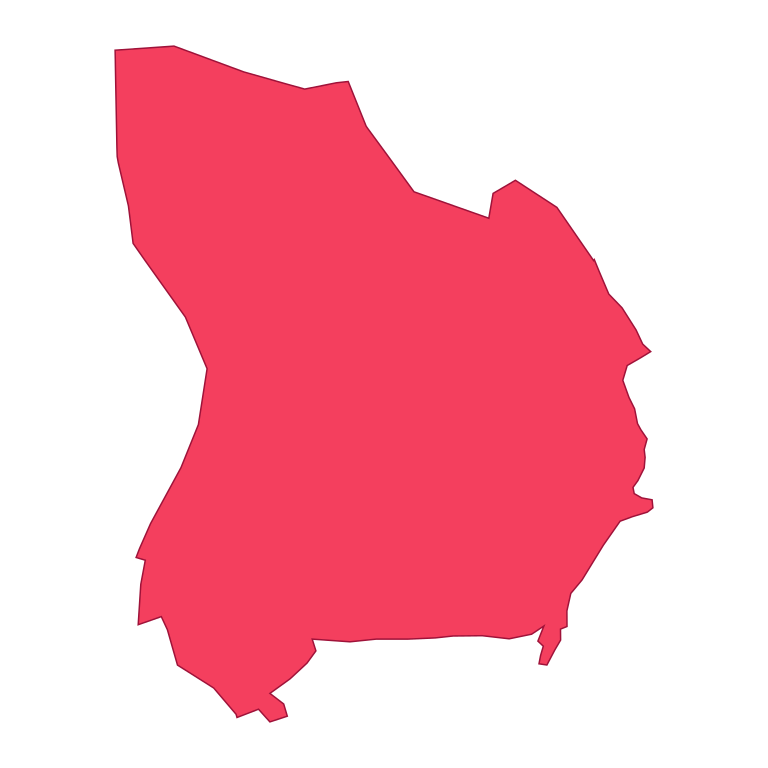 the district of Mosfiloti, Larnaca, Cyprus
{"feature_id": "46923920B11567225397923", "entity_name": "Mosfiloti", "entity_type": "district", "adm_level": 2, "iso_a3": "CYP", "parent_name": "Cyprus", "parent_adm1": "Larnaca", "projection": "robinson", "projection_center": [33.434, 34.953], "detail": "fine", "context": "isolated", "style": "filled", "palette": "rose", "viewbox_px": 768, "rotation_deg": 0, "n_neighbors": 0, "source": "geoboundaries", "source_scale": "gbopen_adm2", "svg_char_len": 1451}
<svg xmlns="http://www.w3.org/2000/svg" viewBox="0 0 768 768"><path d="M336.3,82.8L304.6,89.1L303.7,88.8L287.1,84.2L243.7,71.9L174.0,46.1L115.1,50.2L115.3,59.6L115.4,66.4L115.7,82.9L115.9,93.2L116.9,147.0L117.2,156.6L118.3,162.8L128.4,205.8L129.2,212.0L132.4,237.6L133.1,243.4L145.2,260.7L185.4,317.1L207.1,368.7L198.4,424.6L181.0,467.6L150.6,523.5L139.7,548.2L139.2,549.4L136.1,557.5L145.3,560.2L140.8,584.3L138.2,624.7L161.3,616.6L167.4,629.7L177.5,665.1L213.7,688.0L236.1,714.3L237.0,717.5L258.5,709.2L269.9,721.9L287.3,716.2L283.7,704.0L269.9,693.4L290.1,678.8L307.0,663.1L315.9,650.9L312.2,639.1L350.0,641.8L376.3,639.1L408.0,639.1L435.3,637.9L453.1,636.0L482.2,635.7L509.2,638.8L531.6,634.2L543.9,626.0L537.9,641.1L543.3,646.2L540.6,655.4L539.0,663.8L546.9,665.0L554.9,649.8L560.6,640.1L560.5,629.1L567.0,626.5L566.9,610.9L570.8,593.4L582.0,580.0L603.4,545.1L604.1,544.1L620.1,521.2L632.3,516.7L647.4,512.1L652.9,507.8L652.1,499.8L641.7,497.9L634.2,493.6L633.0,487.4L637.9,480.6L644.2,468.0L645.1,457.4L644.2,449.5L647.1,438.9L640.9,429.8L637.5,423.6L634.6,408.8L629.0,397.5L622.8,380.3L627.2,365.5L640.9,357.6L650.7,351.6L642.7,344.1L636.1,330.0L622.1,307.9L608.8,294.1L599.4,272.0L594.3,259.6L593.6,260.6L556.9,207.4L515.4,180.3L503.5,187.3L493.1,193.4L488.8,218.3L488.4,218.1L414.0,191.8L413.7,191.4L387.7,155.7L367.6,128.3L367.2,127.7L367.3,127.9L366.1,126.1L348.2,81.5L336.3,82.8Z" fill="#f43f5e" stroke="#9f1239" stroke-width="1.5"/></svg>